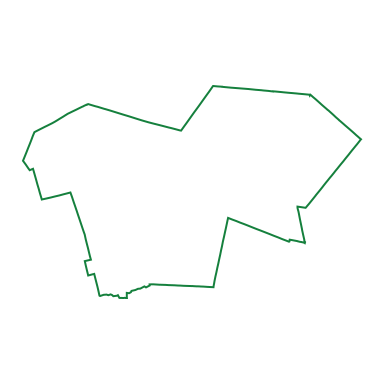 Jimbolia, Timis, Romania (Albers equal-area conic projection)
{"feature_id": "2599482B52055590619759", "entity_name": "Jimbolia", "entity_type": "district", "adm_level": 2, "iso_a3": "ROU", "parent_name": "Romania", "parent_adm1": "Timis", "projection": "albers", "projection_center": [20.766, 45.798], "detail": "fine", "context": "isolated", "style": "outline", "palette": "green", "viewbox_px": 384, "rotation_deg": 0, "n_neighbors": 0, "source": "geoboundaries", "source_scale": "gbopen_adm2", "svg_char_len": 3843}
<svg xmlns="http://www.w3.org/2000/svg" viewBox="0 0 384 384"><path d="M305.6,207.8L305.7,207.7L305.8,207.6L309.2,203.6L310.0,202.6L312.9,199.0L315.7,195.5L315.7,195.4L319.0,191.4L320.7,189.3L322.6,186.9L323.5,185.7L326.2,182.3L327.6,180.6L330.0,177.6L331.3,176.1L333.9,172.9L335.2,171.2L337.6,168.3L339.1,166.4L341.2,163.8L343.4,161.2L345.1,159.0L346.4,157.4L348.7,154.6L349.7,153.3L352.4,149.9L353.0,149.2L356.0,145.5L356.7,144.7L359.7,140.9L360.1,140.3L361.0,139.3L358.9,137.5L357.7,136.4L356.5,135.4L354.1,133.2L352.2,131.5L349.1,128.8L344.9,125.2L343.9,124.3L340.1,121.0L339.2,120.3L338.9,120.0L338.9,119.9L335.8,117.2L333.6,115.1L331.5,113.2L329.6,111.5L328.3,110.3L328.0,110.1L327.9,110.1L327.5,109.8L326.9,109.2L322.6,105.5L321.7,104.7L317.6,101.0L315.7,99.3L312.6,96.7L312.4,96.5L311.2,95.4L310.3,94.7L309.8,95.5L309.5,94.7L306.3,94.4L305.4,94.3L298.7,93.7L296.9,93.5L291.3,93.0L289.9,92.9L283.5,92.3L281.7,92.1L276.5,91.6L273.1,91.3L273.1,91.5L270.6,91.2L268.3,90.9L263.7,90.5L261.1,90.2L256.0,89.8L248.2,89.0L240.4,88.4L239.3,88.3L232.8,87.8L231.3,87.7L225.0,87.1L222.0,86.8L222.0,86.7L217.3,86.4L213.1,86.0L212.9,86.2L211.8,87.8L208.6,92.4L208.2,92.9L205.1,97.2L202.1,101.4L198.6,106.3L195.3,110.8L194.9,111.3L191.9,115.5L188.5,120.3L186.0,123.8L184.6,125.7L181.1,130.6L179.9,130.4L175.1,129.1L170.5,127.9L169.1,127.6L162.6,125.9L158.7,124.9L152.7,123.4L148.5,122.3L141.9,120.4L135.8,118.5L129.2,116.4L123.2,114.6L119.0,113.3L109.7,110.4L105.6,109.2L104.1,108.8L97.6,106.8L95.2,106.2L88.2,104.1L86.5,104.7L86.5,104.9L86.3,104.9L85.5,105.2L84.5,105.6L83.1,106.4L82.5,106.6L78.8,108.4L76.4,109.6L71.4,112.0L69.6,112.9L68.3,113.5L67.2,114.1L66.6,114.5L66.4,114.7L65.9,114.9L63.6,116.4L59.3,119.0L57.4,120.2L54.9,121.7L52.2,123.2L46.8,125.9L45.3,126.6L37.6,130.5L34.9,131.9L34.4,132.2L32.7,136.3L31.1,140.6L29.8,143.9L28.1,148.1L26.5,152.2L24.8,156.4L23.0,160.8L25.8,164.6L28.3,168.3L29.7,170.2L33.0,168.8L33.8,171.5L34.5,174.0L34.7,174.7L36.2,180.0L37.4,184.4L38.7,188.7L39.9,193.1L41.2,197.4L41.8,199.5L46.4,198.5L50.8,197.5L55.2,196.4L59.1,195.5L63.5,194.3L67.4,193.3L70.4,192.5L72.0,196.9L73.6,201.8L75.4,207.0L76.3,209.7L76.6,210.5L78.0,214.8L79.5,219.2L81.0,223.7L82.5,228.2L83.9,232.3L84.7,234.5L85.7,239.2L86.8,243.6L88.0,248.2L89.0,252.4L89.9,256.1L90.9,259.7L84.8,261.1L85.8,265.6L86.9,270.2L88.2,275.5L91.1,274.7L94.2,273.9L95.3,278.3L96.4,282.6L97.4,286.5L98.1,289.5L98.6,291.7L99.4,295.4L99.5,295.7L100.1,296.0L103.7,294.8L106.6,294.6L108.3,295.2L110.6,294.4L112.2,295.1L113.3,296.2L117.1,295.7L117.9,295.2L119.4,297.9L123.8,298.0L124.8,297.8L125.6,298.0L126.9,298.0L126.8,296.9L126.8,292.9L129.1,293.2L130.9,292.2L131.5,290.9L135.4,290.0L138.0,288.8L140.3,288.6L144.4,286.4L146.0,287.4L149.7,285.5L149.6,284.4L152.8,284.3L156.0,284.5L159.1,284.7L162.4,284.8L165.6,284.9L168.5,285.1L171.7,285.2L174.6,285.3L177.7,285.5L180.5,285.6L183.6,285.8L186.4,285.9L189.5,286.0L193.0,286.1L194.2,286.2L196.1,286.3L199.8,286.4L200.6,286.5L203.4,286.6L207.6,286.9L213.5,287.2L213.7,285.5L214.1,283.5L214.5,281.1L215.5,276.2L216.4,272.3L217.3,267.9L218.3,263.5L219.2,259.2L220.2,254.7L221.1,250.2L222.0,246.2L222.9,241.5L224.0,236.8L224.9,232.6L225.9,228.1L226.9,223.4L227.5,220.5L228.1,217.9L232.1,219.5L236.2,221.0L240.1,222.6L243.9,224.0L248.0,225.6L252.7,227.5L256.5,229.0L260.2,230.4L265.6,232.5L269.7,234.1L273.9,235.8L278.1,237.4L282.2,239.1L285.9,240.5L289.0,241.7L289.4,241.5L289.7,239.7L291.5,240.0L294.1,240.5L295.7,240.8L297.8,241.2L298.0,241.4L298.7,241.5L299.4,241.7L300.4,241.9L301.5,242.0L301.9,242.2L302.7,242.3L303.6,242.6L304.1,242.7L304.4,242.8L304.8,243.1L305.1,242.1L304.6,241.3L304.4,241.0L304.3,240.4L304.3,239.9L303.2,235.0L302.1,230.0L302.0,229.2L301.0,224.3L299.9,219.0L298.8,213.2L298.4,211.3L298.1,210.3L297.7,208.8L297.5,207.7L297.5,206.6L305.6,207.8Z" fill="none" stroke="#15803d" stroke-width="2"/></svg>